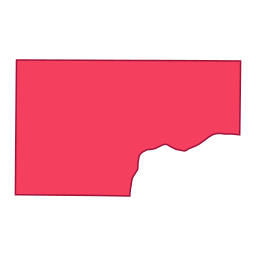 Muscatine, Iowa, United States of America
{"feature_id": "52423323B78769996222948", "entity_name": "Muscatine", "entity_type": "district", "adm_level": 2, "iso_a3": "USA", "parent_name": "United States of America", "parent_adm1": "Iowa", "projection": "mercator", "projection_center": [-90.995, 41.466], "detail": "fine", "context": "isolated", "style": "filled", "palette": "rose", "viewbox_px": 256, "rotation_deg": 0, "n_neighbors": 0, "source": "geoboundaries", "source_scale": "gbopen_adm2", "svg_char_len": 662}
<svg xmlns="http://www.w3.org/2000/svg" viewBox="0 0 256 256"><path d="M15.7,150.0L15.4,194.7L99.1,195.5L129.8,196.0L129.9,192.9L131.9,179.8L132.4,177.8L137.6,169.5L137.8,168.3L138.1,161.9L139.1,156.3L139.8,154.7L140.5,153.8L142.1,152.4L143.2,151.7L146.8,149.8L152.9,149.1L155.2,148.5L163.3,144.6L165.2,144.3L167.0,144.5L170.3,146.5L175.5,149.1L176.8,149.5L184.4,151.0L186.6,150.2L188.5,148.8L195.8,145.9L199.5,143.8L203.7,140.9L208.5,137.2L212.3,134.9L213.8,134.3L216.5,133.6L220.0,133.4L224.9,134.0L231.6,134.0L239.7,134.8L239.8,128.2L240.6,61.0L196.0,60.7L155.4,60.5L142.8,60.5L16.5,60.0L15.7,150.0Z" fill="#f43f5e" stroke="#9f1239" stroke-width="1.5"/></svg>